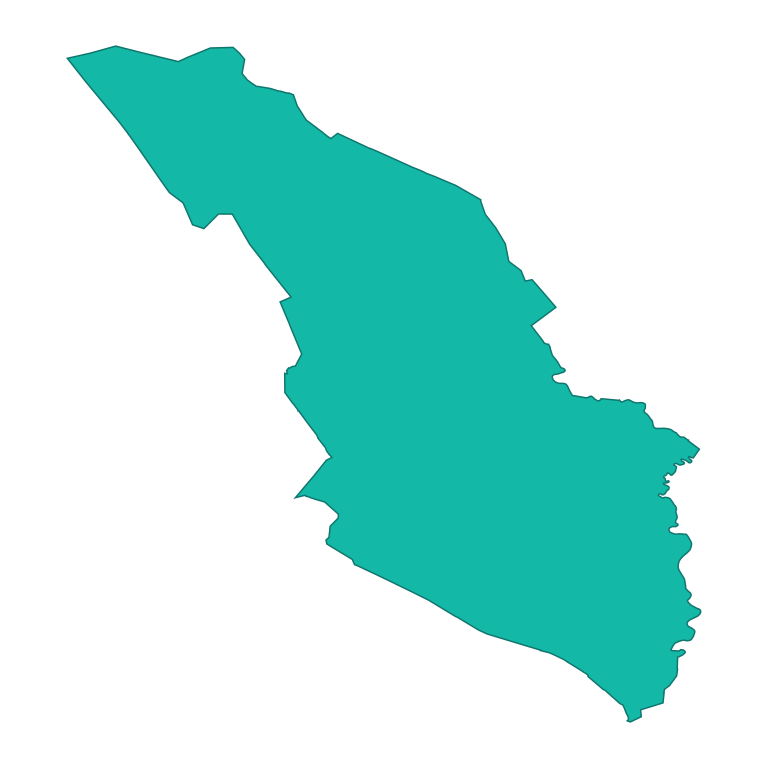 the district of Sēļu pag., Mazsalacas, Latvia
{"feature_id": "27541924B62426268885110", "entity_name": "Sēļu pag.", "entity_type": "district", "adm_level": 2, "iso_a3": "LVA", "parent_name": "Latvia", "parent_adm1": "Mazsalacas", "projection": "natural_earth1", "projection_center": [25.207, 57.868], "detail": "fine", "context": "isolated", "style": "filled", "palette": "teal", "viewbox_px": 768, "rotation_deg": 0, "n_neighbors": 0, "source": "geoboundaries", "source_scale": "gbopen_adm2", "svg_char_len": 6087}
<svg xmlns="http://www.w3.org/2000/svg" viewBox="0 0 768 768"><path d="M664.6,689.2L669.9,685.3L669.9,685.0L670.1,684.7L676.6,676.0L677.6,669.1L677.2,669.0L677.6,657.1L678.7,656.9L682.7,654.9L684.4,653.5L685.3,652.3L684.6,650.8L682.7,649.8L680.7,649.7L679.3,651.0L673.8,650.7L672.2,650.6L670.8,650.0L672.8,646.2L674.2,644.0L675.5,642.9L678.6,641.5L682.4,640.3L683.7,640.2L687.5,640.8L689.1,640.5L689.9,640.3L691.1,639.7L691.4,639.4L693.1,636.9L693.7,635.4L694.8,632.1L694.8,631.2L694.4,630.3L692.2,628.4L688.9,626.7L687.9,625.9L687.1,624.4L687.1,623.1L687.8,621.6L690.0,619.8L697.9,616.0L700.1,613.7L700.7,612.0L700.5,610.4L699.8,609.5L698.5,608.8L696.8,608.3L695.2,607.4L691.9,605.7L690.3,604.5L688.0,602.0L687.6,601.1L687.7,600.1L689.2,598.7L690.5,597.1L691.1,595.3L690.9,593.9L690.4,593.0L687.7,590.7L685.6,588.3L685.6,585.9L684.4,579.0L679.7,571.3L678.7,569.4L678.2,567.3L678.1,565.3L679.0,561.4L680.5,559.0L683.2,556.0L687.0,552.9L689.8,550.0L690.3,549.1L691.2,546.6L691.6,543.9L691.4,542.8L690.9,541.6L688.8,537.8L687.4,535.6L686.5,534.6L686.1,534.3L678.9,533.8L676.1,534.2L673.9,533.8L670.8,532.6L669.5,531.6L668.9,530.0L669.0,528.8L669.7,527.9L671.3,526.9L673.2,526.5L675.2,526.7L676.4,526.4L677.8,525.4L678.0,524.8L677.7,524.1L675.8,522.9L675.5,522.0L675.8,520.5L677.1,518.0L677.1,516.1L675.8,512.2L675.9,510.9L676.5,509.4L676.0,507.2L675.3,505.9L674.2,504.8L672.6,502.1L671.0,500.2L670.7,499.3L669.7,498.5L668.3,497.8L666.3,497.4L664.6,497.4L662.8,498.0L661.9,497.7L660.3,496.6L658.8,495.8L658.3,495.1L658.7,494.4L659.6,493.9L660.6,493.9L661.9,494.7L662.8,494.8L663.7,494.6L664.9,493.8L666.7,491.2L667.2,490.2L667.6,489.9L668.5,489.7L668.8,489.2L669.1,487.5L668.7,486.7L667.4,485.9L664.5,484.6L663.5,484.0L663.6,483.4L664.2,482.9L666.1,483.0L667.8,482.6L669.1,481.7L668.9,481.1L668.3,480.8L666.5,481.3L665.9,481.1L665.4,480.5L665.3,479.3L665.0,478.4L663.8,477.4L663.7,476.8L664.0,476.2L665.9,475.3L666.7,474.6L667.1,473.4L667.5,473.1L668.4,473.1L669.2,473.4L670.7,475.0L671.2,475.2L672.0,475.0L672.9,474.3L675.4,471.5L676.5,467.0L675.8,466.2L674.0,465.1L674.0,464.3L674.8,463.5L676.8,463.7L678.4,464.4L679.3,465.0L680.7,465.0L683.8,464.1L684.4,463.2L683.8,462.0L681.8,461.1L681.0,459.7L681.4,459.1L682.3,459.1L686.1,460.5L689.1,462.8L690.5,462.7L691.6,461.8L691.7,460.6L689.3,458.7L688.4,457.2L688.9,456.6L689.9,456.7L691.2,457.6L693.3,457.9L699.4,449.2L688.3,440.9L688.6,440.2L687.9,440.1L683.9,437.2L680.4,437.0L678.8,435.8L676.3,432.9L674.5,432.1L670.8,429.5L668.1,428.8L664.1,428.3L657.7,428.5L656.8,428.4L654.5,427.9L653.9,427.0L653.3,425.9L652.8,423.7L652.6,422.2L651.9,420.3L650.1,418.3L649.1,416.6L647.0,414.2L645.0,412.8L644.5,412.1L643.9,410.9L645.2,408.3L645.4,406.1L645.3,404.4L645.0,403.9L643.8,403.2L642.7,402.8L640.9,402.6L638.1,402.9L636.5,402.9L635.1,402.6L632.9,401.9L629.6,400.1L629.0,399.9L628.2,399.8L627.5,399.9L625.3,400.5L622.6,401.8L622.0,402.0L621.4,401.9L620.6,401.5L619.5,400.0L618.7,400.3L601.1,398.7L600.8,399.2L599.8,400.5L598.3,400.9L597.6,400.8L595.7,399.7L594.8,399.1L592.6,397.0L591.7,396.4L590.9,396.2L589.4,396.6L587.7,397.6L586.7,397.8L585.5,397.7L575.8,396.0L573.6,395.7L572.8,395.5L572.0,395.0L569.7,390.9L567.4,385.9L566.1,384.3L564.6,383.6L563.1,383.4L559.2,383.3L557.9,383.1L555.3,381.9L553.1,379.9L552.4,377.7L552.3,376.0L553.9,374.6L558.7,373.8L561.4,372.7L563.1,372.4L564.5,371.5L565.2,370.5L564.6,369.2L563.0,368.3L561.8,368.0L561.0,367.5L560.4,366.9L557.8,362.3L555.9,359.6L553.0,356.3L552.1,354.6L550.4,349.2L550.2,347.4L548.6,344.5L548.6,344.3L547.9,344.3L546.3,344.0L544.1,342.9L542.6,340.5L531.2,325.6L533.9,323.7L555.9,307.3L544.6,294.1L532.1,279.7L525.3,281.1L521.1,270.7L508.8,261.4L505.3,243.8L495.6,227.6L485.3,214.4L480.8,201.4L480.8,199.8L455.3,185.2L453.9,184.7L434.4,176.4L426.5,173.4L422.6,171.4L411.6,166.9L379.5,152.4L370.2,148.4L370.0,148.6L337.6,133.4L330.9,138.6L327.4,136.3L323.6,133.2L317.6,128.6L306.4,120.2L303.8,116.4L302.8,114.6L299.0,108.7L298.5,107.7L298.1,107.3L297.6,106.6L296.8,104.7L293.4,94.8L293.1,94.9L290.9,93.7L289.1,93.3L289.2,93.1L288.9,93.0L288.3,93.3L286.4,92.7L285.5,92.8L284.8,92.3L284.2,92.4L282.5,91.7L281.1,91.6L281.0,91.3L280.6,91.2L279.0,91.1L278.0,90.8L276.7,90.6L276.1,90.2L269.9,88.4L258.4,86.5L256.4,86.3L255.9,86.1L255.3,85.6L254.2,84.9L253.7,84.4L252.8,84.0L247.1,79.8L245.4,77.5L243.7,75.6L242.1,73.5L244.6,59.4L239.4,53.1L233.1,47.4L210.4,48.0L187.9,57.2L178.4,61.6L139.7,52.2L115.7,46.1L89.7,53.3L67.3,58.3L85.8,81.8L119.7,122.6L127.3,132.6L136.8,145.9L161.1,180.9L169.4,192.6L183.1,202.9L192.6,224.8L203.9,228.6L218.5,214.0L232.3,214.1L249.7,244.3L264.4,263.2L265.2,264.6L291.1,297.1L280.1,301.9L289.2,323.5L289.9,325.5L301.7,354.0L295.4,366.1L292.4,366.5L289.2,368.2L288.6,367.9L286.6,370.5L287.4,373.7L286.9,373.8L284.7,373.3L284.9,392.7L285.3,393.1L292.1,402.5L294.0,404.8L297.9,409.9L297.9,410.8L299.0,411.2L298.9,411.3L301.3,414.5L308.1,423.7L316.8,435.1L318.1,438.1L318.0,438.3L324.9,447.0L325.3,447.5L326.3,450.1L326.9,451.3L329.0,454.3L329.8,455.2L330.5,455.8L331.9,457.5L326.4,460.2L314.4,475.2L295.4,497.7L299.2,496.7L305.1,495.3L305.7,495.6L305.9,496.3L306.3,496.4L307.0,496.3L307.6,496.6L309.3,497.0L309.5,497.3L311.4,498.0L314.1,498.8L315.0,499.2L324.7,502.0L338.1,513.9L338.3,514.4L338.3,518.0L330.2,526.2L329.0,537.2L328.9,537.5L326.9,539.2L326.0,540.1L326.8,543.9L327.3,544.3L352.4,559.5L352.6,559.9L352.7,560.4L354.5,564.5L354.8,564.8L356.3,565.2L380.9,576.8L411.4,591.6L428.5,600.1L455.9,616.7L456.9,617.0L478.9,630.2L487.2,634.0L530.7,647.2L540.1,650.0L539.9,650.2L540.8,650.7L541.0,650.4L542.7,651.1L549.4,652.8L551.8,653.8L563.6,659.4L568.1,662.4L576.1,667.3L587.8,674.8L588.1,675.1L588.2,675.3L587.9,676.1L587.9,676.4L588.1,676.6L603.0,689.3L603.5,689.7L604.6,689.9L605.1,690.2L605.2,690.5L607.9,692.7L608.2,693.3L609.4,694.1L609.8,694.6L610.4,695.0L611.2,695.9L614.4,698.6L615.0,699.2L620.1,703.7L622.8,704.9L624.4,708.3L626.4,713.6L627.6,715.6L628.3,717.6L628.5,718.8L627.9,720.4L627.3,720.8L628.0,721.2L630.5,721.9L641.3,716.7L640.6,709.8L663.0,702.9L664.1,692.8L663.7,692.8L664.6,689.2Z" fill="#14b8a6" stroke="#0f766e" stroke-width="1.5"/></svg>